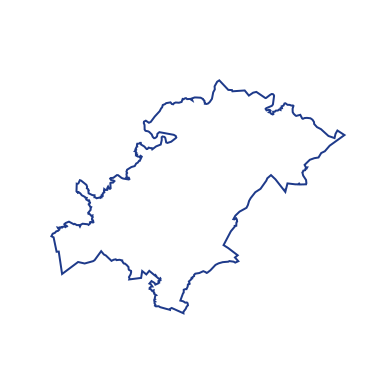 outline of Tamazunchale, San Luis Potosí, Mexico, rotated 138°
{"feature_id": "50627088B74317762178215", "entity_name": "Tamazunchale", "entity_type": "district", "adm_level": 2, "iso_a3": "MEX", "parent_name": "Mexico", "parent_adm1": "San Luis Potosí", "projection": "albers", "projection_center": [-98.765, 21.244], "detail": "fine", "context": "isolated", "style": "outline", "palette": "blue", "viewbox_px": 384, "rotation_deg": 138, "n_neighbors": 0, "source": "geoboundaries", "source_scale": "gbopen_adm2", "svg_char_len": 6081}
<svg xmlns="http://www.w3.org/2000/svg" viewBox="0 0 384 384"><g transform="rotate(138 192 192)"><path d="M151.7,275.3L153.4,275.4L155.5,276.2L157.6,274.9L159.0,274.8L161.9,273.7L169.2,273.0L175.7,271.7L177.7,272.3L178.6,275.9L180.6,276.4L181.7,275.5L182.4,273.6L185.4,270.1L185.6,268.6L184.0,266.4L183.6,265.2L183.4,261.7L184.3,259.3L184.2,257.4L183.6,256.9L181.8,256.6L180.6,256.9L178.7,258.4L176.2,258.3L167.3,246.7L166.6,244.5L167.2,243.0L167.8,242.9L173.8,243.3L177.4,244.9L178.0,246.1L175.7,250.0L175.6,251.4L176.8,253.0L177.9,253.0L179.8,250.8L183.5,248.2L188.1,249.9L193.0,250.3L192.5,251.5L193.5,252.4L194.5,254.0L196.3,253.8L197.0,254.3L197.0,257.7L198.1,261.4L197.2,262.8L197.7,263.3L198.9,263.3L200.4,264.5L201.7,263.6L202.3,262.4L203.0,262.6L204.5,262.0L204.9,261.2L205.6,261.5L206.3,260.7L207.0,260.6L206.4,259.9L207.1,259.5L207.1,258.3L207.9,258.2L208.4,257.6L208.1,257.1L208.7,256.8L208.1,256.4L209.0,255.9L208.6,254.7L207.6,253.6L207.6,253.1L206.0,253.3L205.7,251.9L210.0,250.1L210.5,250.6L212.6,250.1L214.5,250.5L217.2,249.6L220.3,251.1L225.3,252.0L227.2,250.9L227.5,249.5L228.7,249.2L230.2,247.0L230.9,246.9L230.7,246.2L230.1,246.3L230.5,246.0L229.4,244.9L229.9,243.5L230.6,243.6L234.2,248.1L234.9,249.6L235.7,254.0L236.5,254.8L241.0,255.2L243.1,256.8L243.9,256.7L244.1,255.1L242.6,252.9L242.4,252.0L244.4,251.8L246.2,253.3L246.7,253.3L250.0,249.2L250.8,249.2L251.3,249.9L250.7,252.2L251.9,251.8L253.6,250.3L254.1,250.7L254.0,251.2L255.2,251.5L255.3,252.9L256.9,251.6L257.4,250.4L259.2,250.7L260.9,249.0L261.3,249.8L262.0,248.9L262.7,249.5L263.1,248.9L263.4,249.4L264.2,249.1L264.5,249.8L267.1,251.2L267.5,252.9L268.0,253.4L266.6,254.8L268.1,256.3L269.7,260.2L268.1,262.4L267.7,262.3L267.3,263.7L267.7,265.1L266.4,266.1L265.7,268.0L266.8,274.7L267.4,275.8L270.7,274.4L272.0,274.8L272.1,274.3L272.3,275.1L277.4,269.8L277.5,269.0L276.5,268.1L277.1,267.6L276.5,267.3L275.9,265.8L276.1,263.3L274.9,260.1L275.1,259.1L274.2,258.1L275.6,257.2L274.9,254.8L274.1,254.8L274.2,254.1L274.9,253.4L274.8,252.4L275.2,252.1L276.9,252.1L277.2,251.7L277.0,250.8L277.6,249.3L277.0,248.2L278.7,247.4L279.2,246.6L283.1,246.0L283.5,245.1L282.8,244.9L282.8,241.9L281.8,241.3L282.7,240.8L282.8,240.5L282.2,240.4L282.6,239.7L284.2,239.1L284.7,238.5L284.9,238.0L284.5,237.2L285.5,235.5L286.0,235.6L286.9,237.2L287.6,237.7L288.1,237.8L288.6,236.8L290.9,236.8L291.1,237.8L294.5,241.6L296.5,242.1L298.4,241.3L298.0,243.0L299.7,244.4L300.5,246.8L301.4,247.1L303.3,252.3L306.6,253.5L308.4,253.5L308.5,252.1L307.9,251.2L307.8,250.2L308.2,250.2L308.9,250.8L309.6,250.7L309.8,251.5L310.8,252.4L312.2,252.5L312.1,253.1L312.7,253.5L313.6,253.4L314.0,254.2L314.7,254.2L315.6,255.4L315.8,254.6L315.3,253.6L315.7,252.8L317.7,252.8L319.2,253.6L321.2,253.4L323.4,254.2L326.1,253.2L325.2,250.9L332.6,238.2L330.9,236.9L343.4,218.0L323.5,216.2L319.6,210.7L311.8,206.8L310.0,206.5L299.1,208.8L299.3,204.5L298.5,202.5L297.9,194.7L295.6,194.1L293.7,193.0L293.7,191.9L291.2,190.1L289.8,188.1L290.2,187.9L290.0,186.9L290.5,185.9L290.4,184.2L289.8,183.8L289.4,181.4L289.4,178.8L290.8,176.9L290.9,176.0L290.1,174.2L290.7,173.3L292.7,171.9L295.8,170.9L296.4,169.4L297.1,169.0L287.3,162.2L281.9,166.6L281.1,161.3L276.5,162.0L275.5,155.0L274.7,154.9L274.8,153.5L275.2,153.3L274.6,149.1L273.3,149.1L273.5,148.4L274.8,148.1L274.8,147.6L276.0,148.1L276.6,147.2L276.9,147.8L277.9,146.6L281.2,147.7L280.7,149.4L281.7,152.9L284.9,152.4L284.3,151.2L284.7,148.3L285.6,149.0L287.6,149.1L288.4,148.4L287.7,147.4L287.8,145.2L286.3,144.6L287.5,143.5L287.4,142.5L288.2,141.8L287.7,139.4L288.4,139.7L291.4,137.5L291.3,137.1L292.1,137.2L292.9,136.4L292.8,135.5L293.1,135.7L294.3,134.4L294.7,132.6L295.6,132.3L295.3,131.1L293.2,129.4L292.7,127.7L287.3,119.2L286.8,119.9L284.7,119.4L279.5,107.6L278.6,108.7L274.8,109.4L272.6,110.4L270.8,110.5L269.7,112.3L269.8,113.4L271.1,114.3L271.6,116.5L273.3,119.1L266.5,122.7L265.5,122.8L263.5,124.9L261.8,124.2L261.1,123.5L258.5,124.6L257.2,125.8L256.0,125.5L256.1,125.9L254.9,125.8L254.2,127.6L251.3,127.6L249.9,128.4L249.5,127.7L248.5,128.4L246.7,128.1L245.9,129.0L244.2,129.1L240.8,126.9L236.6,125.6L235.4,123.1L235.4,122.2L234.7,121.8L230.7,121.5L223.3,122.1L220.0,121.2L216.1,119.3L211.6,115.9L210.5,115.7L207.7,112.4L207.1,110.6L203.9,109.6L203.9,114.6L200.4,114.4L202.6,126.1L204.1,131.4L189.4,136.8L183.2,137.7L182.9,138.2L181.7,137.3L179.3,139.7L178.3,139.8L177.1,141.5L176.8,142.9L178.7,143.2L179.4,144.1L175.6,145.4L169.8,145.6L162.1,143.8L159.2,144.9L155.5,147.2L152.5,148.2L145.1,149.5L139.0,148.5L129.2,150.7L126.9,151.8L122.0,151.7L121.5,145.6L122.6,129.6L120.7,130.9L120.5,131.5L119.8,131.5L115.3,134.5L110.2,128.7L107.4,126.0L107.1,126.7L106.7,126.6L106.8,125.4L102.1,121.4L101.1,122.0L99.2,124.6L98.4,129.8L96.9,132.7L96.1,132.7L95.0,133.4L93.3,132.5L92.2,133.3L91.4,132.7L89.9,133.2L90.9,134.1L90.2,136.8L82.9,137.1L78.5,135.3L74.9,133.0L69.9,134.5L66.0,133.4L58.7,134.3L40.6,132.3L42.8,140.4L46.4,139.2L50.0,136.7L53.1,142.3L54.1,152.4L55.7,156.6L55.7,160.8L54.5,162.4L54.1,165.0L54.4,166.6L54.7,167.6L57.0,170.2L58.8,171.6L60.6,172.2L60.9,173.0L59.9,176.9L63.6,178.8L63.9,179.4L64.1,182.2L63.7,184.0L61.6,186.5L59.0,188.1L59.1,188.8L60.3,189.7L61.1,191.4L62.7,192.9L63.2,195.4L64.0,195.9L66.2,195.0L68.1,195.7L69.0,194.1L70.0,195.0L71.3,193.7L71.9,195.0L73.7,195.1L75.3,196.4L76.8,196.3L78.0,197.3L79.5,195.4L80.2,195.7L80.8,197.1L80.7,198.7L81.4,199.7L79.3,199.8L79.2,200.6L79.7,201.5L82.0,202.8L81.7,204.5L80.7,204.6L75.0,202.6L73.3,202.9L66.7,208.5L66.3,209.5L66.4,210.6L67.2,211.5L68.8,211.9L74.0,212.3L74.6,212.7L77.2,223.3L80.1,224.9L85.2,225.6L84.9,232.2L94.6,239.8L94.1,241.0L96.7,243.6L97.0,256.7L99.5,257.1L104.5,255.4L106.4,253.0L109.5,251.9L114.8,247.9L118.6,247.0L120.8,247.0L122.3,247.7L123.4,249.0L122.5,249.8L122.5,250.8L121.8,251.3L121.7,252.2L121.9,253.3L121.6,253.7L122.5,256.3L125.8,259.6L126.8,260.5L129.7,261.7L130.5,259.8L131.2,262.5L133.5,264.3L133.7,265.8L135.1,266.5L136.2,266.5L136.7,267.4L139.5,265.9L142.0,267.1L144.2,269.4L145.8,270.0L147.3,269.8L148.1,270.9L148.0,273.0L151.7,275.3Z" fill="none" stroke="#1e3a8a" stroke-width="2"/></g></svg>